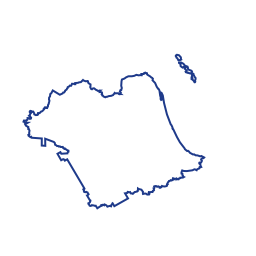 the district of Hinchinbrook, Queensland, Australia, rotated 324°
{"feature_id": "25037944B17459590153092", "entity_name": "Hinchinbrook", "entity_type": "district", "adm_level": 2, "iso_a3": "AUS", "parent_name": "Australia", "parent_adm1": "Queensland", "projection": "robinson", "projection_center": [146.068, -18.658], "detail": "fine", "context": "isolated", "style": "outline", "palette": "blue", "viewbox_px": 256, "rotation_deg": 324, "n_neighbors": 0, "source": "geoboundaries", "source_scale": "gbopen_adm2", "svg_char_len": 5767}
<svg xmlns="http://www.w3.org/2000/svg" viewBox="0 0 256 256"><g transform="rotate(324 128 128)"><path d="M47.3,61.4L47.6,61.7L47.5,62.5L47.8,63.2L49.9,64.8L47.0,64.5L46.8,66.2L47.9,68.5L47.3,69.0L47.4,69.9L46.7,70.3L47.0,71.3L46.8,72.2L45.0,74.0L44.4,75.3L43.9,75.4L43.3,75.1L43.0,75.8L43.7,78.1L44.5,78.2L44.4,79.3L52.1,85.8L47.9,91.5L50.6,93.8L54.7,88.0L59.8,95.7L60.0,97.0L59.2,98.7L59.7,99.6L60.0,100.9L60.9,101.5L61.1,102.3L61.7,102.5L61.9,103.0L62.3,103.2L62.4,103.8L64.1,105.0L63.8,106.0L64.1,106.3L64.2,107.3L64.8,107.4L64.7,108.0L65.2,108.5L65.8,110.3L66.5,111.3L65.9,112.2L65.3,112.1L64.7,112.5L64.0,112.6L63.9,112.8L58.9,109.6L59.1,107.8L55.8,107.4L55.0,114.8L57.2,115.1L57.3,115.6L58.0,116.2L57.8,117.3L60.4,117.6L57.2,151.0L56.9,151.0L56.9,151.5L55.8,151.5L55.8,152.5L55.3,152.9L55.0,154.0L55.8,154.9L56.6,155.0L57.1,155.9L57.4,156.5L57.1,157.1L57.2,158.4L55.6,158.8L55.2,158.6L54.7,163.8L55.0,164.4L54.8,164.9L53.7,165.4L53.5,165.7L52.3,165.8L51.7,165.6L51.4,166.0L51.6,166.4L51.3,168.3L52.1,169.2L53.5,169.2L53.7,169.7L54.8,170.5L55.5,171.6L56.2,171.9L56.0,174.9L60.1,175.1L60.8,175.4L61.1,174.7L62.5,175.3L62.5,175.6L63.0,175.9L63.3,176.5L64.1,176.1L64.7,177.1L65.1,178.1L65.1,179.5L67.3,180.2L68.3,181.4L69.2,180.5L70.5,180.3L71.0,179.8L71.3,179.8L71.0,183.2L86.6,185.0L87.2,179.1L89.2,180.1L89.6,180.1L89.6,179.9L90.2,179.5L91.6,181.0L92.0,181.1L91.8,181.8L91.9,182.7L92.8,183.2L93.0,183.9L93.3,184.1L95.7,183.7L96.8,184.3L98.1,184.5L98.3,184.8L99.0,184.7L100.5,182.8L100.8,183.6L102.6,185.8L102.6,188.4L101.8,189.3L101.4,190.2L103.3,191.0L104.2,192.1L104.4,193.1L106.0,194.2L106.5,194.0L106.8,193.6L106.7,192.5L107.2,192.1L108.2,193.0L109.1,193.3L110.2,194.2L111.2,193.5L111.6,193.7L112.5,193.6L113.2,192.0L113.6,192.3L114.5,191.7L114.8,190.6L115.0,190.6L116.4,191.3L116.9,191.9L117.0,192.7L118.2,193.0L118.7,194.1L118.4,194.7L118.6,195.1L118.8,195.2L119.3,194.7L119.8,195.4L120.2,195.5L120.9,194.9L121.4,194.8L121.8,195.5L123.3,196.9L125.2,197.7L125.8,197.5L126.3,196.6L127.1,196.7L127.1,196.1L128.8,195.3L129.8,195.3L130.1,195.0L130.8,195.4L131.9,195.3L132.4,196.1L133.2,196.1L133.6,196.4L134.0,196.3L134.2,195.6L134.9,195.1L135.6,196.1L135.7,196.7L136.1,196.6L137.3,197.4L137.2,197.6L137.6,197.5L137.7,198.4L138.1,198.7L138.7,198.7L138.9,199.2L139.8,198.9L140.9,199.3L141.2,199.0L143.3,200.4L144.4,200.5L144.1,199.9L144.4,198.9L144.2,198.5L145.1,197.0L144.5,196.3L145.2,195.3L146.9,194.2L147.8,195.5L150.2,197.4L155.3,200.1L157.2,200.4L157.8,200.7L158.7,202.5L159.4,202.1L161.0,202.3L161.9,202.6L162.9,201.8L163.3,202.3L164.3,202.6L164.4,201.6L165.1,200.0L164.8,199.0L165.0,198.2L165.5,198.0L166.4,198.8L166.9,198.9L168.5,198.0L168.5,196.6L169.0,196.2L170.3,196.2L171.3,196.8L172.3,196.6L170.9,193.8L169.8,193.4L168.1,191.0L166.7,189.9L166.0,188.2L165.0,187.6L163.5,184.4L163.5,182.9L163.1,181.7L162.3,181.4L161.6,178.6L161.8,177.8L161.6,170.1L162.3,164.1L163.8,156.0L163.9,155.5L163.6,155.2L163.8,154.3L164.3,153.8L164.8,151.3L164.7,150.2L167.5,139.9L171.8,129.1L175.3,122.1L175.8,119.3L175.5,118.7L174.8,120.4L174.7,121.8L173.6,124.2L172.5,125.0L171.3,124.8L171.4,123.7L172.3,122.7L173.1,120.6L175.4,116.3L175.7,114.9L175.6,113.9L175.4,113.8L175.5,111.5L176.4,107.5L175.9,103.8L177.1,102.8L177.0,101.6L176.6,101.0L176.3,99.4L175.0,96.2L175.0,95.7L175.5,95.0L175.5,94.6L174.4,93.9L174.4,93.3L173.4,93.1L173.3,93.6L172.4,93.5L171.0,92.5L171.0,92.8L170.1,93.4L169.0,92.4L167.6,91.7L166.0,89.9L163.8,89.5L161.7,88.5L158.7,86.4L156.3,85.9L154.2,85.9L151.6,85.2L150.3,86.3L147.3,89.9L146.5,92.0L144.9,93.3L144.2,92.9L142.9,93.7L143.0,95.0L142.0,95.4L142.2,96.3L141.7,95.9L141.2,95.9L140.6,95.2L140.5,94.1L138.1,92.5L137.8,91.8L137.1,92.3L136.4,92.2L135.3,92.6L133.3,92.1L131.2,90.9L129.2,90.4L128.7,89.9L127.7,89.8L126.7,88.1L126.7,87.0L126.3,86.5L126.8,85.6L126.6,85.1L127.5,84.6L127.8,83.9L127.0,82.7L126.1,82.2L126.7,81.3L127.4,81.3L126.9,80.9L126.1,80.8L125.3,80.1L125.0,78.9L124.6,78.5L123.9,76.0L123.0,75.4L121.6,75.5L121.1,74.7L121.5,72.6L122.0,72.4L123.3,70.7L122.7,69.4L122.4,68.0L123.1,66.6L123.0,66.3L121.3,65.4L119.9,63.4L119.8,62.7L116.9,63.2L115.0,62.2L114.2,62.1L111.7,60.6L111.1,61.6L110.6,61.3L110.4,60.7L108.7,59.3L106.9,60.4L106.1,59.9L105.8,59.5L104.9,59.8L103.3,59.5L102.7,60.2L101.9,60.2L101.1,60.8L99.1,60.8L98.6,61.3L97.2,61.7L96.4,61.2L95.4,61.6L92.4,61.0L89.2,53.4L86.2,54.9L85.4,54.7L84.8,55.1L83.6,56.5L82.0,57.1L80.7,58.7L80.7,59.4L79.8,60.4L78.5,61.3L78.2,61.8L76.8,62.4L75.8,63.6L75.0,63.7L74.3,64.3L73.7,63.8L73.7,63.0L72.9,62.4L72.5,62.5L72.4,63.1L71.2,63.0L71.1,63.5L69.2,63.9L67.9,63.9L67.2,63.6L65.3,64.0L64.0,63.0L63.2,63.5L63.1,64.2L62.4,64.2L61.0,63.4L60.2,61.9L60.7,61.2L61.0,59.1L60.2,58.8L60.2,58.3L59.6,57.3L59.2,56.9L58.8,57.1L58.6,56.8L58.2,56.9L57.8,57.5L58.2,58.9L56.7,59.3L56.3,59.9L55.4,59.9L55.6,60.4L55.2,60.7L55.5,61.4L55.3,61.8L55.7,62.4L55.7,62.7L55.0,63.3L54.0,63.0L52.9,61.0L52.6,60.9L52.4,61.5L51.3,62.2L50.6,62.0L50.1,62.3L48.2,60.8L47.3,61.4ZM207.6,116.9L209.0,118.8L209.5,118.9L209.8,119.8L210.8,120.7L211.2,121.7L210.8,123.3L210.1,123.6L209.9,124.1L209.3,124.3L209.5,125.4L209.1,126.1L208.3,125.9L208.9,128.1L208.7,130.1L208.9,130.3L209.3,130.3L209.7,130.0L209.7,129.2L211.0,128.5L212.0,127.4L212.1,126.9L211.9,125.4L212.3,124.4L212.1,123.3L212.7,122.9L212.2,121.0L212.2,120.3L213.0,119.9L213.0,119.0L211.3,116.3L211.3,115.3L211.9,114.5L211.8,113.7L212.2,113.3L210.7,111.0L210.6,108.6L209.5,106.3L207.8,104.9L207.5,105.4L208.1,107.2L207.0,108.7L207.1,109.5L207.7,111.3L208.6,111.7L209.0,111.3L209.8,111.9L210.1,112.9L208.8,113.6L209.2,116.1L208.8,116.6L207.7,116.4L207.6,116.9ZM212.3,101.9L212.0,99.1L210.6,97.5L209.3,97.5L208.9,97.9L208.9,99.0L208.6,99.5L208.9,100.7L208.6,102.5L210.1,103.7L211.3,103.9L211.4,103.3L212.3,101.9Z" fill="none" stroke="#1e3a8a" stroke-width="2"/></g></svg>